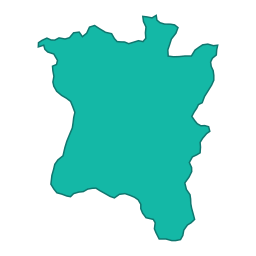 Astolfo Dutra, Minas Gerais, Brazil (Mercator projection)
{"feature_id": "56859067B65913887503429", "entity_name": "Astolfo Dutra", "entity_type": "district", "adm_level": 2, "iso_a3": "BRA", "parent_name": "Brazil", "parent_adm1": "Minas Gerais", "projection": "mercator", "projection_center": [-42.877, -21.322], "detail": "fine", "context": "isolated", "style": "filled", "palette": "teal", "viewbox_px": 256, "rotation_deg": 0, "n_neighbors": 0, "source": "geoboundaries", "source_scale": "gbopen_adm2", "svg_char_len": 1950}
<svg xmlns="http://www.w3.org/2000/svg" viewBox="0 0 256 256"><path d="M156.2,15.4L152.0,17.9L147.0,16.9L142.8,16.4L143.5,21.6L146.0,27.0L145.4,32.8L145.8,38.3L143.0,41.6L138.4,40.7L133.6,42.2L128.7,43.7L124.6,42.0L120.8,41.9L117.1,41.6L114.4,38.6L111.6,33.7L105.5,32.3L99.8,28.9L94.6,25.5L89.5,27.1L86.7,33.2L82.4,36.7L79.2,32.1L73.6,32.8L69.5,37.7L65.1,39.0L59.0,37.9L54.8,40.1L51.1,40.0L46.9,38.1L42.1,40.3L38.5,42.7L38.3,46.9L43.7,45.2L44.9,49.3L47.7,52.0L53.8,54.0L57.5,60.4L56.5,64.5L52.5,66.2L52.9,70.9L53.9,76.3L52.9,82.0L53.8,86.2L56.7,91.3L61.6,95.4L66.4,98.2L70.6,101.4L72.7,106.5L74.9,112.4L73.7,117.6L73.1,122.8L72.3,128.0L69.5,134.7L66.8,141.3L64.9,147.6L63.0,155.8L57.9,159.9L54.8,164.3L53.5,169.8L51.9,175.4L50.9,184.2L53.9,189.1L56.9,192.8L61.8,194.1L66.8,196.0L70.5,196.7L73.6,193.6L78.7,192.1L83.3,191.6L87.7,189.1L92.2,188.3L95.9,188.1L99.8,190.6L105.2,193.6L110.1,196.4L114.4,197.9L119.4,194.3L125.0,193.6L130.2,195.4L134.6,197.3L138.2,199.8L140.8,204.3L140.8,208.7L142.6,213.1L146.0,217.7L153.3,219.4L155.2,222.8L154.4,228.8L156.0,232.7L159.2,239.0L166.0,239.0L171.8,240.6L175.5,240.6L180.5,239.6L182.8,235.5L183.8,230.1L187.4,225.0L191.0,222.8L194.6,219.4L193.2,214.0L191.6,208.2L190.8,203.8L190.6,199.0L190.0,194.7L186.4,189.5L184.8,182.9L189.0,177.1L191.7,171.6L191.6,167.6L189.3,162.5L192.4,156.9L196.8,154.8L200.1,152.8L200.5,147.1L200.1,142.4L202.6,138.3L206.6,133.6L209.8,131.3L208.6,126.7L204.7,125.6L200.9,125.8L197.2,123.7L194.6,120.5L191.8,116.4L194.2,111.9L196.7,108.2L198.4,104.6L202.2,102.7L204.5,96.5L208.2,90.6L211.6,85.1L213.8,80.2L213.8,75.4L213.2,70.8L211.2,66.4L210.6,62.0L212.4,58.2L216.3,55.0L216.7,49.7L217.7,45.2L213.4,45.7L207.8,44.1L202.7,44.8L199.2,47.1L195.0,50.1L191.4,56.0L185.2,56.0L179.2,56.6L173.6,56.8L168.2,56.1L167.8,49.9L169.4,45.2L171.4,39.0L175.9,33.2L178.0,27.6L174.6,24.9L170.6,24.2L164.6,24.1L160.0,22.7L156.9,20.1L156.2,15.4Z" fill="#14b8a6" stroke="#0f766e" stroke-width="1.5"/></svg>